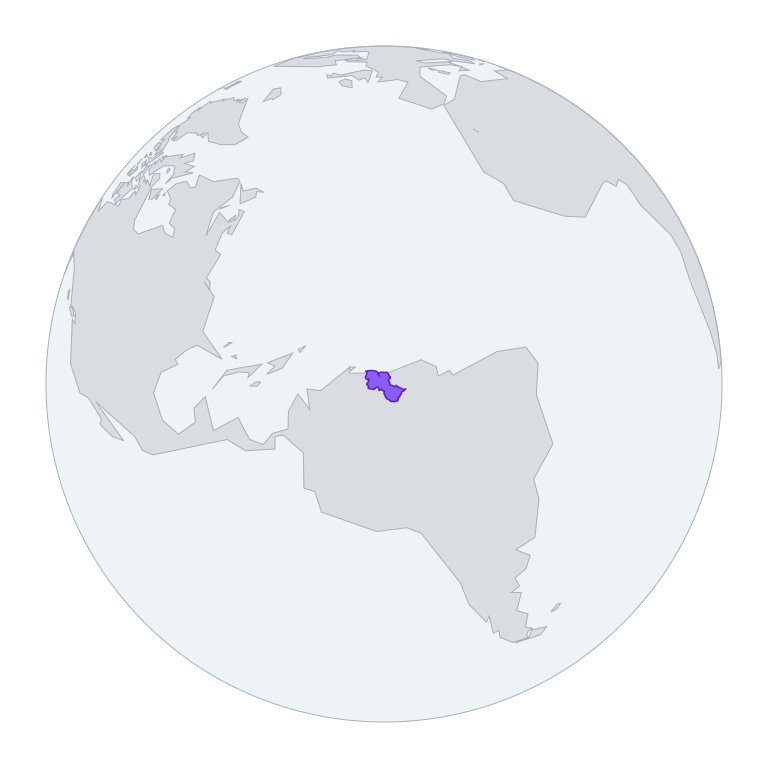 Guyana on an orthographic globe, rotated 322°
{"feature_id": "GUY", "entity_name": "Guyana", "entity_type": "country or territory", "adm_level": 0, "iso_a3": "GUY", "parent_name": "South America", "parent_adm1": "", "projection": "orthographic", "projection_center": [-58.817, 4.875], "detail": "fine", "context": "on_globe", "style": "filled", "palette": "violet", "viewbox_px": 768, "rotation_deg": 322, "n_neighbors": 0, "source": "natural_earth", "source_scale": "50m", "svg_char_len": 10955}
<svg xmlns="http://www.w3.org/2000/svg" viewBox="0 0 768 768"><g transform="rotate(322 384 384)"><circle cx="384" cy="384" r="338" fill="#eef3f6" stroke="#a8b0b8"/><path d="M270.9,65.6L277.0,63.7L265.1,72.1L278.4,70.0L284.4,80.3L290.7,77.2L296.9,80.6L306.6,78.7L304.9,82.2L314.0,77.9L313.7,75.2L317.6,72.6L323.2,71.6L322.1,75.4L319.1,76.5L321.8,77.2L318.8,79.7L323.4,77.9L321.4,83.4L331.8,76.7L337.1,80.0L333.6,84.1L323.1,85.3L288.7,101.2L281.9,107.6L282.7,114.4L307.1,122.7L304.1,129.9L307.8,138.4L314.5,133.1L313.9,124.8L327.3,118.2L325.0,110.0L330.1,106.5L332.1,98.4L343.5,98.3L353.4,103.0L352.3,110.1L356.7,112.8L367.2,105.6L374.3,119.7L394.8,131.3L395.3,135.7L379.4,143.5L355.5,143.4L334.8,157.7L360.0,147.6L361.0,160.6L366.1,162.9L372.9,162.2L377.2,157.3L380.0,162.1L356.1,172.7L353.2,168.5L360.8,164.8L349.5,165.4L333.4,174.5L335.2,181.4L309.0,191.1L309.9,196.4L304.8,202.2L305.1,192.7L304.0,210.6L273.6,231.0L271.6,264.8L260.7,238.5L249.0,235.6L234.5,236.2L233.8,241.5L215.5,237.5L197.0,249.1L187.2,276.1L191.1,297.0L211.8,298.0L219.3,286.2L235.3,283.9L220.9,315.7L248.3,320.5L243.9,344.7L251.5,357.4L265.9,354.3L280.7,360.4L292.1,346.4L310.1,338.8L309.6,358.6L320.3,340.6L329.9,350.2L366.3,349.6L363.3,354.1L393.8,377.5L428.0,387.7L435.9,402.2L431.7,411.1L443.8,413.6L444.0,419.5L493.0,428.0L518.6,442.3L518.1,462.6L497.4,486.3L480.2,535.1L443.4,551.2L435.1,570.4L408.4,597.8L385.9,595.7L393.6,609.1L382.1,617.0L367.8,617.4L366.5,626.6L356.0,626.7L363.9,632.8L349.1,644.3L355.9,653.8L345.7,662.6L350.5,667.9L345.8,667.6L341.5,669.5L341.9,672.4L326.5,667.2L319.5,655.0L323.1,648.9L316.8,647.7L324.0,631.6L318.1,634.8L315.3,609.5L321.7,588.2L321.4,524.3L313.4,511.2L287.4,495.7L255.8,446.4L263.3,426.4L256.8,416.8L278.1,388.6L273.1,362.1L265.8,358.3L258.0,368.1L233.7,351.2L226.2,331.1L158.4,297.7L152.9,287.7L155.3,271.7L146.0,220.2L143.9,268.2L137.7,258.7L135.3,241.5L139.9,237.3L142.5,213.0L138.9,203.9L149.4,175.2L178.4,140.9L177.6,146.0L184.7,138.1L186.1,131.7L185.3,129.6L211.4,101.9L219.7,90.3L211.0,94.2L221.7,88.3L204.1,98.0L225.5,85.6L247.8,74.7L270.9,65.6ZM268.6,276.4L300.0,293.2L280.8,295.2L284.7,292.1L277.0,285.2L262.2,278.8L245.8,282.4L268.6,276.4ZM285.6,257.6L280.0,256.3L285.7,256.2L285.6,257.6ZM183.8,129.5L185.4,132.2L181.6,139.9L179.5,138.0L183.8,129.5ZM192.0,116.7L194.7,116.1L186.5,123.4L187.5,121.4L192.0,116.7ZM203.2,98.6L203.2,98.9L200.8,100.1L203.2,98.6ZM325.8,99.2L328.9,98.8L326.9,100.5L325.8,99.2ZM323.7,96.3L319.2,98.5L317.5,97.5L320.4,96.1L323.7,96.3ZM329.7,93.9L315.2,95.5L312.4,93.8L320.8,87.5L329.7,93.9ZM311.1,74.9L311.8,77.6L306.0,76.5L311.1,74.9ZM306.5,74.8L283.3,76.8L285.2,72.8L292.6,72.6L290.9,69.1L303.2,66.0L306.9,67.4L303.3,70.3L310.8,67.1L306.5,74.8ZM318.7,71.5L313.8,72.0L315.1,68.4L325.1,67.0L321.5,68.5L318.7,71.5ZM284.4,69.9L287.1,67.5L297.9,64.3L300.4,63.0L303.7,65.7L284.4,69.9ZM324.0,68.8L330.1,66.5L334.6,67.4L323.5,71.0L324.0,68.8ZM311.3,68.3L312.4,66.7L315.0,67.0L311.3,68.3ZM354.1,70.4L348.3,70.3L348.4,68.3L354.1,70.4ZM332.1,65.6L330.5,65.4L329.9,64.8L334.7,63.6L332.1,65.6ZM311.0,63.5L314.9,63.0L310.2,62.2L318.1,60.3L318.8,62.7L321.8,60.9L324.2,60.4L322.1,63.0L311.0,63.5ZM337.8,60.8L341.5,64.0L352.3,64.3L352.5,65.9L335.1,65.3L337.8,60.8ZM328.8,61.7L334.4,61.4L331.8,63.2L326.2,64.6L328.8,61.7ZM323.1,58.4L310.9,60.7L311.1,60.2L323.1,58.4ZM341.5,60.4L340.5,59.7L342.6,60.2L341.5,60.4ZM329.4,58.4L325.0,59.1L325.4,58.5L329.4,58.4ZM342.2,57.9L343.4,58.8L339.7,59.6L342.2,57.9ZM336.8,57.8L338.4,56.8L337.7,59.3L334.7,58.2L336.8,57.8ZM330.4,57.7L329.3,57.6L332.2,57.5L330.4,57.7ZM355.6,54.9L355.6,57.9L347.4,59.4L348.5,56.1L355.6,54.9ZM353.1,677.9L328.3,669.0L341.8,673.1L349.0,668.8L362.8,675.3L353.1,677.9ZM375.3,666.5L385.0,664.1L387.9,665.5L381.9,667.6L375.3,666.5ZM654.4,181.4L654.6,184.4L643.9,171.9L634.8,157.8L634.6,157.3L654.4,181.4ZM615.1,137.5L617.1,139.4L620.8,143.0L621.9,144.0L625.3,147.6L621.5,144.1L618.2,140.7L616.2,139.6L632.4,157.5L638.6,163.8L639.0,169.7L649.5,181.1L652.8,187.6L636.5,170.9L631.0,164.3L608.3,149.1L614.0,156.3L635.9,171.6L633.2,171.0L641.2,182.7L632.9,173.3L607.5,156.4L601.8,163.9L610.5,195.6L603.7,200.2L590.8,196.8L571.6,167.9L588.8,161.1L582.2,152.4L565.0,142.2L571.7,141.5L566.8,137.1L571.9,134.8L565.6,122.5L568.8,119.9L553.4,107.3L552.9,104.7L562.2,112.6L570.3,117.4L576.6,113.5L574.0,110.4L563.5,102.9L566.5,103.5L555.5,96.8L552.7,92.8L546.8,92.7L534.3,85.7L525.5,79.8L520.3,77.9L534.6,87.7L541.2,91.9L548.6,95.2L565.8,108.7L566.4,112.1L544.4,99.2L542.9,103.1L526.5,92.8L498.0,70.0L492.8,65.8L511.6,71.1L520.4,74.9L517.9,74.5L532.2,80.5L525.3,77.2L527.8,78.2L516.4,73.1L516.7,73.2L538.1,83.2L558.7,94.7L578.5,107.7L597.3,121.9L615.1,137.5ZM506.4,69.0L504.6,68.3L506.4,69.0ZM682.4,225.4L677.0,215.9L683.1,226.7L693.4,248.0L702.1,270.1L709.3,292.7L715.0,315.7L718.9,339.1L721.3,362.8L721.9,386.5L720.9,410.2L718.2,433.8L713.9,457.1L708.0,480.1L700.4,502.6L691.3,524.5L680.7,545.7L668.6,566.1L663.1,574.3L656.7,578.2L664.3,566.2L673.2,544.4L689.1,489.8L699.1,462.7L701.9,442.9L696.4,401.5L698.2,376.4L694.7,367.0L688.7,371.2L683.7,360.1L679.2,360.9L645.3,376.5L629.8,363.2L599.2,319.3L601.7,299.4L593.2,278.3L602.7,201.3L614.7,203.0L633.6,188.2L637.8,189.7L646.5,205.3L669.4,219.5L663.9,205.4L673.8,212.2L673.5,209.6L669.5,203.3L682.4,225.4ZM611.2,237.7L613.8,244.0L611.2,237.7ZM367.4,349.3L371.7,353.2L365.8,353.2L367.4,349.3ZM277.5,303.1L284.5,303.6L287.9,306.7L282.4,307.6L277.5,303.1ZM337.8,304.0L346.1,305.8L337.2,307.3L337.8,304.0ZM305.1,295.5L331.1,303.4L313.8,308.9L297.5,304.3L309.2,302.7L305.1,295.5ZM281.0,268.6L285.2,270.0L283.5,273.5L281.0,268.6ZM289.7,257.7L288.0,258.0L286.1,255.1L289.7,257.7ZM362.4,159.9L364.4,159.2L371.0,159.8L367.4,161.8L362.4,159.9ZM403.6,150.7L407.2,158.8L402.1,154.0L397.8,157.8L381.6,153.4L394.8,137.8L391.7,145.3L403.6,150.7ZM363.7,144.6L372.5,148.3L362.4,145.0L363.7,144.6ZM534.7,118.0L540.8,119.7L545.4,125.0L541.3,131.0L534.6,123.1L534.7,118.0ZM548.5,121.1L527.8,108.2L529.5,104.9L532.0,108.8L535.3,107.8L540.2,114.0L562.1,124.6L567.5,130.2L557.0,136.5L557.4,130.9L551.4,129.2L548.5,121.1ZM471.9,90.3L463.0,87.1L478.3,83.5L484.9,87.0L481.3,92.5L471.3,91.7L471.9,90.3ZM347.4,83.6L343.0,84.5L343.3,83.1L347.3,81.3L347.4,83.6ZM351.4,70.5L367.0,79.4L362.7,80.5L377.0,85.7L371.3,90.9L362.3,87.2L368.6,95.8L358.1,94.5L363.7,100.3L344.1,91.5L335.0,91.5L347.3,89.2L352.8,84.2L352.4,82.1L344.5,76.4L327.6,75.1L330.3,70.8L336.7,68.2L341.2,67.8L338.0,70.5L346.3,68.1L345.1,71.9L351.4,70.5ZM410.3,52.9L404.8,53.9L421.2,54.2L420.1,56.1L422.1,56.0L425.6,58.1L433.3,60.9L431.2,61.7L435.1,62.5L437.5,64.3L442.1,65.9L440.0,68.2L445.5,70.5L441.4,70.4L451.4,73.9L443.0,72.5L445.3,75.4L452.3,75.2L429.7,89.0L426.7,97.5L428.8,105.9L414.1,103.7L402.8,95.0L395.1,84.7L400.0,77.5L392.5,78.4L392.6,75.4L398.5,76.0L389.5,73.4L391.2,71.3L384.3,65.2L370.3,64.0L367.4,62.2L373.8,61.7L366.5,60.4L376.5,58.3L374.7,57.2L382.8,54.5L396.1,54.9L393.1,53.7L399.1,52.3L410.3,52.9ZM358.2,54.1L374.4,52.9L381.7,53.8L364.6,58.2L364.8,59.5L354.1,63.4L343.7,62.4L347.7,61.3L349.2,60.0L351.9,60.8L350.8,59.3L356.3,57.9L357.0,56.5L362.1,56.3L358.2,54.1ZM635.9,183.3L637.9,183.3L639.6,181.7L644.6,189.5L635.9,183.3ZM618.9,171.8L619.8,170.3L627.7,179.5L625.6,179.9L618.9,171.8ZM613.4,162.1L619.2,169.5L614.8,165.8L613.4,162.1ZM562.3,111.2L562.4,109.7L565.0,111.3L568.1,114.3L562.3,111.2ZM458.8,57.8L454.4,57.3L452.8,56.7L440.8,54.6L440.6,53.6L447.8,54.5L458.8,57.8ZM658.0,186.3L662.1,192.2L660.4,189.9L659.4,188.3L658.0,186.3ZM656.1,190.5L659.7,192.9L657.4,192.7L656.1,190.5ZM456.6,56.3L451.7,55.4L454.6,55.5L456.6,56.3ZM439.9,52.8L442.2,52.7L439.2,53.3L439.9,52.8ZM435.2,50.1L440.2,51.0L437.7,50.7L435.2,50.1Z" fill="#d9dde1" stroke="#a8b0b8" stroke-width="1"/><path d="M372.7,382.1L371.5,380.7L370.2,379.3L369.0,377.9L368.9,377.7L369.4,377.0L369.9,376.6L370.3,376.3L370.4,376.1L370.3,375.1L370.3,374.7L370.1,374.3L370.0,373.9L370.2,373.5L370.4,373.2L370.6,373.2L371.2,373.1L371.6,373.0L371.7,372.9L372.0,372.7L372.3,372.7L372.9,372.8L373.1,372.6L373.6,372.3L374.8,371.8L375.0,371.4L375.2,370.9L375.2,370.7L374.8,370.5L374.4,370.5L374.0,370.6L373.7,370.5L373.4,370.2L373.4,369.9L373.5,369.6L373.4,369.3L372.9,368.5L372.9,368.3L373.3,367.9L373.5,367.6L373.8,366.9L374.1,366.7L374.9,366.6L375.1,366.4L375.5,366.0L376.1,365.6L376.9,365.3L377.1,364.6L377.3,364.4L378.0,364.1L378.1,363.9L377.0,362.3L378.1,363.4L378.5,363.6L378.6,363.3L379.0,363.4L380.1,364.1L381.8,365.1L384.0,367.1L384.7,367.9L385.1,368.3L385.8,369.1L386.0,369.6L386.0,371.2L385.4,372.4L385.2,373.3L385.2,374.4L384.8,375.1L385.3,374.7L385.5,373.7L385.8,373.0L386.4,372.3L387.0,372.2L387.8,372.5L388.4,372.5L388.9,372.7L390.0,373.8L391.1,374.7L391.5,375.4L392.6,375.8L393.3,376.3L393.5,376.8L393.7,378.0L393.5,379.9L393.5,380.0L393.2,380.4L393.2,380.6L393.0,381.0L392.8,381.3L393.0,381.8L393.3,381.8L393.5,382.0L393.4,382.1L393.1,382.3L392.9,382.6L392.9,383.0L392.7,383.1L392.3,383.2L391.3,383.2L390.9,383.3L390.5,383.3L390.3,383.5L390.0,383.7L389.7,383.7L389.5,384.0L389.3,384.3L389.4,384.6L389.6,384.9L389.7,385.2L389.5,385.8L389.4,386.2L389.2,386.5L389.1,387.1L388.7,387.8L388.5,388.1L388.5,388.6L388.6,389.1L389.4,390.0L389.6,390.4L389.8,391.1L390.5,391.6L390.9,392.0L390.8,392.6L391.1,392.9L391.5,393.0L391.8,393.0L392.1,392.9L392.9,392.8L393.0,393.0L393.0,393.8L393.1,394.1L393.3,394.4L393.3,394.6L393.4,395.0L393.5,395.3L393.5,395.7L393.5,395.9L393.7,396.0L394.0,396.4L394.1,396.5L394.3,397.0L394.5,397.2L394.6,397.3L394.7,397.8L394.8,397.9L395.0,398.2L395.1,398.6L395.4,399.0L395.6,399.3L395.8,399.6L396.1,400.3L396.4,400.7L396.9,400.8L397.3,400.9L397.5,401.1L397.8,401.3L397.5,401.4L397.3,401.5L397.0,401.4L396.5,401.4L396.1,401.6L395.7,401.6L394.9,401.4L394.6,401.4L394.2,400.9L393.6,401.0L393.1,401.2L392.8,401.2L392.5,401.3L392.3,401.5L391.8,402.3L391.5,402.6L391.2,402.7L390.6,402.7L390.0,402.7L389.6,402.9L389.1,403.0L388.9,403.0L388.8,403.5L388.7,403.7L388.6,403.8L388.3,403.8L388.0,403.8L387.8,403.6L387.5,403.5L387.2,403.5L387.0,403.4L386.8,403.4L386.7,403.6L386.5,404.0L386.0,404.1L385.8,404.3L385.9,404.8L385.9,405.0L385.2,405.2L384.8,405.2L384.5,405.4L384.2,405.6L383.7,405.6L383.4,405.4L383.1,405.0L382.3,404.8L381.6,404.6L381.1,404.1L380.9,403.8L380.7,403.7L380.1,403.1L379.8,402.7L379.4,402.6L379.0,402.4L379.0,402.2L379.0,401.9L378.8,401.8L378.6,401.7L378.5,401.2L378.5,400.2L378.5,399.3L377.9,399.0L377.7,398.8L377.3,397.5L377.1,396.9L377.1,396.4L377.2,395.1L377.4,394.5L377.8,393.4L378.0,393.0L378.0,392.7L378.0,392.3L377.9,391.6L378.6,391.1L378.9,390.9L379.0,390.6L379.4,390.2L379.5,389.8L379.7,389.6L379.6,389.4L379.3,389.0L378.9,388.2L378.7,388.0L378.6,387.8L378.6,387.5L378.8,387.1L378.8,386.9L378.5,386.7L378.0,386.4L377.6,386.3L377.3,386.2L376.8,386.2L376.4,386.1L376.2,386.0L376.2,385.8L376.3,385.6L376.6,385.2L376.9,384.8L376.9,384.4L377.0,383.8L377.1,383.3L377.1,382.8L376.6,382.4L376.4,382.1L376.2,381.8L375.6,381.7L375.1,382.1L374.7,382.0L374.4,382.1L373.7,382.1L373.2,381.9L372.7,382.1Z" fill="#8b5cf6" stroke="#5b21b6" stroke-width="1.5"/></g></svg>